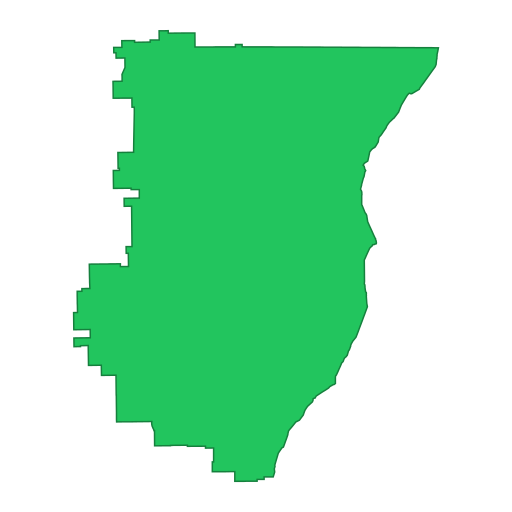 outline of Meekatharra, Western Australia, Australia
{"feature_id": "25037944B5193502600366", "entity_name": "Meekatharra", "entity_type": "district", "adm_level": 2, "iso_a3": "AUS", "parent_name": "Australia", "parent_adm1": "Western Australia", "projection": "albers", "projection_center": [119.195, -25.303], "detail": "fine", "context": "isolated", "style": "filled", "palette": "green", "viewbox_px": 512, "rotation_deg": 0, "n_neighbors": 0, "source": "geoboundaries", "source_scale": "gbopen_adm2", "svg_char_len": 5759}
<svg xmlns="http://www.w3.org/2000/svg" viewBox="0 0 512 512"><path d="M113.1,87.3L113.2,98.2L117.3,98.2L122.3,98.1L130.3,98.1L131.9,98.0L132.0,107.2L134.2,107.2L134.3,109.6L134.3,113.2L134.2,118.2L133.7,143.8L133.6,152.3L117.9,152.5L118.1,168.3L119.4,168.3L119.4,170.4L113.3,170.5L113.4,181.4L113.5,188.4L131.1,188.2L131.1,189.6L139.3,189.6L139.3,198.1L124.1,198.3L124.2,206.3L131.6,206.2L132.0,246.6L126.1,246.6L126.2,253.3L126.6,253.3L128.3,253.3L128.5,266.5L120.4,266.6L120.4,263.8L117.3,263.8L115.3,263.9L112.8,263.9L109.8,263.9L107.3,264.0L104.3,264.0L102.3,264.0L100.3,264.0L97.8,264.1L93.8,264.1L91.3,264.1L89.3,264.2L89.5,277.1L89.6,280.4L89.6,282.2L89.9,288.5L87.9,288.5L85.9,288.5L83.9,288.6L81.9,288.6L81.9,291.3L79.6,291.3L77.2,291.3L77.2,294.6L77.2,295.4L77.2,295.6L77.3,301.4L77.3,301.5L77.3,303.1L77.3,303.4L77.4,305.4L77.4,305.6L77.5,312.5L73.6,312.6L73.8,329.7L75.0,329.7L75.3,329.7L75.8,329.7L90.2,329.5L90.3,337.8L80.9,337.9L73.9,338.0L74.0,346.7L77.5,346.6L80.5,346.6L80.5,345.7L85.3,345.6L88.2,345.5L88.5,365.4L96.4,365.3L101.3,365.2L101.4,370.1L101.5,375.4L108.0,375.3L109.0,375.3L116.0,375.2L116.2,394.9L116.3,394.9L116.4,405.1L116.5,412.5L116.5,419.4L116.6,421.9L122.9,421.8L130.7,421.8L135.6,421.7L144.5,421.6L146.5,421.6L151.8,421.5L151.7,423.0L151.7,423.9L151.7,424.0L151.8,424.5L151.9,425.1L152.2,426.3L152.7,427.4L153.0,428.2L153.7,429.6L154.0,430.7L154.5,430.7L154.6,445.8L155.0,445.8L156.5,445.8L157.1,445.8L166.4,445.7L169.3,445.7L170.5,445.7L170.5,445.4L176.0,445.3L177.1,445.3L179.0,445.3L187.4,445.2L187.4,446.3L205.5,446.2L205.5,448.1L213.6,448.0L213.6,455.5L213.6,461.9L212.3,461.9L212.3,471.7L217.3,471.7L225.3,471.7L230.3,471.6L234.8,471.6L234.8,481.3L237.7,481.3L239.3,481.3L241.5,481.3L244.2,481.3L246.4,481.2L246.8,481.2L247.3,481.2L256.3,481.2L257.1,481.2L257.1,479.4L264.1,479.4L264.1,476.9L273.2,476.9L274.7,472.0L274.3,468.8L275.0,466.5L274.8,465.1L275.6,462.3L276.9,457.9L278.3,453.2L280.0,450.6L282.0,447.8L283.4,447.1L284.4,444.4L285.5,441.3L286.5,438.6L287.8,434.8L288.0,433.2L288.6,430.8L289.9,429.2L291.2,427.7L291.7,427.1L293.5,424.9L295.1,422.9L295.8,422.0L297.8,421.0L299.4,420.2L301.5,417.4L303.3,415.0L303.9,413.1L304.9,410.4L306.2,408.3L307.6,406.3L310.0,404.1L312.4,401.9L313.0,400.4L313.1,398.8L314.3,398.1L315.0,398.1L316.2,396.0L318.5,394.5L322.6,391.8L325.1,390.3L326.8,389.2L328.6,388.0L329.8,386.6L331.2,385.8L331.9,385.5L332.5,384.9L334.1,384.5L335.4,383.5L335.4,377.0L335.7,375.7L336.4,375.0L337.0,373.6L337.8,371.9L339.2,368.7L340.4,366.1L341.7,362.9L342.8,361.9L343.3,361.1L343.8,359.5L344.5,358.1L345.7,357.0L346.4,356.5L346.7,355.8L347.3,355.2L347.5,354.4L348.5,350.9L349.3,349.9L350.7,346.1L350.7,345.3L351.3,343.8L352.9,341.0L354.2,339.4L356.0,337.2L358.2,331.5L359.4,328.2L360.8,324.5L362.2,320.8L363.4,317.5L364.8,313.8L366.0,310.5L367.4,306.7L367.1,305.1L366.8,303.5L366.3,296.1L366.4,295.7L366.3,294.2L366.4,293.0L366.2,292.4L365.6,291.8L365.0,287.6L365.0,286.6L364.9,286.0L364.9,285.0L364.3,284.0L364.5,281.2L364.4,270.7L364.3,261.7L364.3,260.0L365.4,257.7L365.7,257.0L365.7,256.9L365.8,256.7L367.5,252.9L368.7,250.3L369.7,248.2L371.4,246.5L372.2,245.9L372.4,245.1L372.8,244.6L373.7,244.7L374.3,244.5L375.2,243.9L375.8,244.0L376.3,243.7L376.4,242.6L376.0,240.4L375.8,240.0L375.5,239.5L375.6,238.8L375.1,238.1L373.6,234.9L372.4,232.2L371.6,230.4L369.7,226.3L368.7,224.0L367.7,221.8L367.3,219.3L366.7,215.4L366.4,214.7L366.2,214.2L366.0,213.9L365.0,212.6L363.9,209.8L362.2,205.6L361.7,204.6L361.7,195.4L361.9,194.9L361.8,192.1L361.5,191.0L360.5,189.2L361.6,185.1L361.6,184.5L362.5,181.2L363.3,178.2L364.0,176.7L364.9,171.9L365.5,171.0L365.7,170.5L364.7,168.8L364.5,167.5L364.1,166.2L363.1,165.2L364.3,163.3L365.8,162.3L367.7,161.1L367.9,160.5L368.8,156.4L369.6,152.5L369.7,152.1L369.9,151.5L370.4,151.1L371.3,149.9L372.3,148.9L372.6,148.6L374.1,147.8L374.6,147.2L375.1,147.1L376.7,144.5L378.2,142.0L378.9,137.6L379.3,137.0L379.9,136.3L381.2,134.9L383.4,131.6L384.6,129.9L386.0,127.9L386.7,126.1L387.3,125.1L389.4,122.2L391.7,120.1L392.6,119.1L393.9,118.2L396.0,115.5L398.3,112.5L398.6,112.1L400.0,108.4L401.4,105.0L403.1,102.1L404.6,99.6L405.8,97.6L407.3,95.2L408.8,93.5L409.3,93.2L410.5,93.7L411.8,93.7L412.3,93.4L414.0,92.4L416.0,91.2L419.3,89.3L419.6,88.5L420.0,87.8L421.6,85.6L424.1,82.2L425.7,79.9L428.3,76.3L432.3,70.7L435.2,66.7L436.1,64.4L436.6,59.1L436.9,58.8L436.8,58.4L437.1,55.1L437.0,54.8L437.8,51.1L438.4,47.8L434.9,47.8L431.9,47.7L429.9,47.7L426.9,47.7L423.9,47.7L420.8,47.7L419.3,47.7L416.3,47.7L413.3,47.6L409.8,47.6L406.7,47.6L405.2,47.6L402.2,47.6L399.2,47.6L395.2,47.5L393.1,47.5L391.1,47.5L388.1,47.5L385.1,47.5L382.1,47.5L379.1,47.4L376.0,47.4L372.5,47.4L369.5,47.4L366.5,47.4L363.4,47.4L361.9,47.4L358.9,47.3L355.9,47.3L352.9,47.3L349.9,47.3L346.8,47.3L343.8,47.3L340.3,47.2L337.3,47.2L334.3,47.2L330.2,47.2L327.2,47.2L324.2,47.2L320.2,47.1L316.1,47.1L314.6,47.1L311.1,47.1L309.1,47.1L306.6,47.1L304.6,47.1L302.0,47.0L298.0,47.0L295.5,47.0L292.5,47.0L290.0,47.0L287.5,47.0L285.0,47.0L282.5,47.0L280.0,47.0L277.5,47.0L275.0,47.0L272.0,46.9L267.5,46.9L262.5,46.9L258.5,46.9L254.5,46.9L250.5,46.9L246.6,46.9L244.6,46.9L242.1,46.8L242.1,44.5L238.4,44.5L235.4,44.5L235.4,46.9L232.9,46.9L230.4,46.9L227.9,46.9L225.4,46.9L222.9,46.9L220.4,46.9L217.9,46.9L215.4,46.9L212.9,47.0L210.4,47.0L207.9,47.0L205.5,47.0L203.0,47.0L200.0,47.0L197.5,47.0L195.0,47.0L194.9,33.0L186.9,33.0L174.8,33.1L168.3,33.2L168.2,30.7L164.4,30.8L159.1,30.8L159.2,40.0L150.2,40.0L150.2,42.1L147.7,42.1L134.6,42.3L134.6,40.6L126.5,40.6L121.8,40.7L121.9,47.4L113.7,47.4L113.8,52.8L116.0,52.8L116.1,58.1L124.9,58.0L125.0,67.5L122.6,73.0L122.0,74.4L122.1,77.2L122.1,78.0L122.1,79.0L122.1,81.2L118.6,81.3L114.6,81.3L113.0,81.4L113.1,87.3Z" fill="#22c55e" stroke="#15803d" stroke-width="1.5"/></svg>